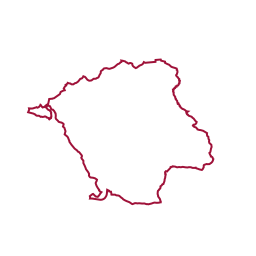 outline of Cosbuc, Bistrita-Nasaud, Romania, rotated 226°
{"feature_id": "2599482B13321846656416", "entity_name": "Cosbuc", "entity_type": "district", "adm_level": 2, "iso_a3": "ROU", "parent_name": "Romania", "parent_adm1": "Bistrita-Nasaud", "projection": "robinson", "projection_center": [24.4, 47.372], "detail": "fine", "context": "isolated", "style": "outline", "palette": "rose", "viewbox_px": 256, "rotation_deg": 226, "n_neighbors": 0, "source": "geoboundaries", "source_scale": "gbopen_adm2", "svg_char_len": 5761}
<svg xmlns="http://www.w3.org/2000/svg" viewBox="0 0 256 256"><g transform="rotate(226 128 128)"><path d="M181.1,170.1L180.4,169.8L180.2,169.5L180.1,169.1L180.5,168.2L180.4,167.1L180.5,166.2L181.1,164.9L181.3,161.0L181.4,160.4L181.8,159.1L183.2,156.2L183.6,155.6L184.6,154.9L185.9,154.2L186.8,153.1L187.5,152.1L187.5,150.8L187.3,150.0L187.6,149.2L187.7,148.1L187.5,147.6L186.5,146.6L186.3,146.0L186.0,144.7L185.0,142.1L185.0,141.7L185.2,141.0L185.5,140.5L185.8,139.1L187.3,137.4L187.6,134.8L188.5,133.5L189.1,132.9L190.9,132.3L194.1,132.6L194.9,132.5L195.2,132.2L196.2,131.8L196.0,131.3L195.7,129.7L195.8,129.1L196.5,127.8L196.1,124.8L196.1,123.9L196.4,122.1L197.1,120.9L197.4,119.0L198.4,117.9L199.1,117.6L200.0,117.5L201.1,116.6L202.3,116.0L202.0,115.6L202.0,115.3L202.2,114.1L202.1,113.7L202.3,113.2L201.5,113.0L201.7,112.1L201.6,111.2L201.1,109.3L200.6,109.3L199.1,108.7L199.8,107.6L200.7,104.6L199.7,102.5L200.8,95.5L201.5,94.4L201.5,94.1L203.6,91.5L201.1,87.8L200.8,86.6L201.2,85.6L201.2,84.8L201.3,84.1L201.2,82.3L201.6,81.7L202.0,81.5L202.1,80.9L203.3,80.8L204.8,81.2L205.5,81.1L205.2,80.4L205.0,78.6L205.2,77.8L205.5,77.0L206.5,76.7L206.7,76.0L207.2,75.2L208.1,73.3L208.8,72.3L210.9,70.4L209.9,69.8L208.7,67.1L204.0,70.0L203.2,70.3L202.8,70.3L202.1,70.7L201.2,70.6L200.1,71.0L198.6,72.5L196.6,73.0L196.4,73.5L195.3,74.2L194.3,75.6L194.2,76.1L193.6,76.6L192.5,77.0L192.1,76.8L190.5,77.7L190.1,77.7L189.4,77.4L188.9,77.4L188.8,78.1L188.8,78.4L188.9,78.8L189.4,79.4L189.4,79.6L188.8,79.8L189.6,81.0L189.9,81.2L191.6,82.6L192.0,82.8L192.1,83.1L192.8,83.7L194.0,83.7L195.0,84.0L195.3,83.9L195.7,83.6L196.8,83.2L199.8,83.3L199.9,84.8L200.5,86.6L198.6,86.5L197.8,87.0L194.4,85.8L193.4,86.7L191.7,86.7L190.6,86.5L189.7,86.1L188.9,86.1L187.0,84.6L185.6,83.0L184.5,82.5L181.6,82.6L180.7,82.4L179.5,83.0L178.0,84.0L175.9,84.5L175.3,84.2L174.2,82.2L172.4,82.4L169.1,80.8L167.4,78.0L163.9,78.4L163.3,78.3L162.3,78.0L160.5,77.2L159.4,76.9L158.9,76.3L155.2,75.7L150.2,75.3L147.0,75.8L146.0,75.5L144.5,76.1L140.3,75.7L139.4,74.9L139.1,73.8L138.1,73.4L135.5,73.2L133.7,71.5L131.1,70.7L128.8,69.8L127.6,69.2L123.9,68.7L122.1,68.2L120.8,66.8L119.3,66.5L118.4,66.7L116.5,68.3L114.8,69.3L112.4,69.8L111.7,68.7L111.1,66.9L110.6,66.3L108.5,65.3L107.1,64.9L105.3,64.5L103.5,64.3L103.2,63.8L101.6,63.8L100.3,64.3L100.1,62.4L99.9,61.8L99.6,60.2L99.5,58.4L101.1,57.2L104.8,57.1L105.1,56.6L105.5,53.2L103.8,52.1L103.6,51.7L102.3,53.1L95.6,58.2L94.6,59.4L93.9,61.0L93.7,62.3L93.7,62.9L94.0,64.3L94.4,65.6L95.3,67.0L98.0,70.1L96.0,70.8L95.5,70.4L94.5,71.0L94.0,71.5L92.1,70.3L91.6,69.8L91.4,69.9L89.0,72.4L87.7,72.8L86.2,74.1L85.2,74.6L82.5,74.8L81.2,75.1L80.1,75.0L78.3,75.5L76.4,76.2L73.6,77.5L70.6,78.1L70.1,78.4L69.1,80.8L68.3,81.6L67.2,82.4L66.2,83.7L63.7,85.8L62.4,87.3L60.4,88.4L59.5,89.3L59.0,89.6L57.3,92.5L56.5,94.3L55.9,95.3L54.1,96.8L52.7,98.5L52.4,99.2L51.8,99.9L52.2,100.4L52.7,100.5L53.3,100.9L55.0,101.7L57.8,102.1L58.3,102.6L60.0,103.5L61.6,105.3L62.0,106.0L61.9,107.1L62.2,107.6L62.1,109.0L62.3,109.3L62.4,109.8L63.5,110.8L63.3,112.3L63.6,113.7L63.4,114.2L63.1,114.5L64.5,117.4L65.7,118.8L66.4,120.2L67.2,121.1L68.4,122.9L68.5,123.0L68.9,122.7L70.5,124.0L70.6,125.3L69.6,125.8L69.7,127.2L69.8,130.4L69.9,131.0L70.3,131.5L69.7,132.3L69.8,132.4L69.5,132.8L69.3,133.7L68.8,133.8L68.4,134.3L67.6,135.0L65.6,136.0L64.4,137.7L63.7,138.2L62.9,139.0L62.0,140.4L59.7,142.1L58.5,143.2L58.1,143.6L57.6,144.5L56.5,145.6L56.0,146.0L54.5,146.7L53.2,148.0L52.4,149.2L51.9,149.0L51.2,149.3L50.6,149.7L48.5,150.7L46.5,152.0L46.5,153.2L47.0,154.5L47.0,154.8L47.2,155.2L48.5,156.5L48.6,157.1L47.5,159.5L46.6,160.2L45.4,161.6L45.3,162.9L45.1,163.4L45.1,164.6L45.2,165.3L45.6,166.4L46.3,167.7L46.6,167.6L46.9,167.7L47.9,168.3L48.5,168.4L49.3,168.2L49.9,167.8L50.4,168.3L50.9,168.3L52.3,168.7L53.5,169.2L53.4,170.0L53.8,171.0L54.2,171.5L54.8,172.4L55.4,173.2L56.3,175.0L58.1,176.3L60.7,176.1L61.9,176.8L62.8,178.0L64.3,178.4L65.9,179.7L67.3,179.5L68.2,180.1L69.1,180.8L69.4,181.3L73.8,180.1L76.2,178.7L76.9,178.0L78.7,177.0L79.3,177.2L81.1,177.3L82.9,176.4L84.6,176.3L84.9,177.3L84.8,177.5L84.3,178.0L84.1,178.3L83.9,179.7L84.2,180.9L84.7,181.6L85.3,181.4L87.0,181.5L89.2,181.8L90.6,181.5L91.8,181.6L92.1,181.5L94.4,180.3L96.9,180.0L97.5,180.2L97.4,180.3L97.6,180.3L98.4,180.7L98.2,182.6L99.7,181.4L100.1,181.6L101.6,181.4L103.2,180.9L103.9,180.4L105.5,180.3L106.3,180.1L107.0,180.5L107.5,180.3L107.8,180.3L108.1,180.8L108.5,180.9L109.1,180.9L109.6,181.0L110.3,180.7L110.4,181.3L110.8,181.5L111.7,181.0L113.4,182.2L115.5,182.3L115.7,182.7L115.8,182.8L116.6,182.8L117.4,183.3L117.5,183.5L119.4,183.9L120.0,183.9L121.0,184.6L121.6,185.4L122.0,185.6L122.8,185.6L123.0,185.9L122.9,186.2L123.1,186.5L124.0,186.7L124.4,187.0L124.1,187.4L124.0,187.8L124.4,188.2L124.5,188.7L124.1,189.2L124.1,189.3L124.4,189.7L124.3,189.9L124.1,190.0L124.3,190.5L124.5,190.7L124.8,191.2L124.6,191.6L124.0,191.8L124.4,192.8L124.1,193.1L123.8,193.6L124.0,194.5L124.3,194.8L124.3,195.4L124.6,195.5L124.8,195.9L124.6,196.3L125.4,196.9L125.3,197.2L125.3,197.3L125.7,197.7L125.9,198.0L126.4,197.7L126.6,197.8L126.5,198.1L126.7,198.3L127.4,198.4L127.7,198.9L129.0,198.8L129.7,199.1L131.3,198.9L132.4,199.2L132.6,199.3L132.7,200.2L133.0,201.0L133.3,201.3L133.6,202.1L134.0,202.6L135.4,203.6L135.6,203.6L135.9,203.5L136.0,203.7L136.9,204.3L138.4,203.6L140.3,202.5L141.9,201.7L145.0,201.5L146.5,200.8L149.1,199.9L150.0,200.7L153.4,198.6L154.5,199.1L157.8,195.1L156.5,193.7L163.0,185.6L164.4,185.2L164.0,184.0L163.8,183.0L164.0,181.8L165.0,179.3L164.9,178.5L165.1,178.0L165.2,176.6L165.7,175.2L167.7,174.7L169.1,174.6L170.0,174.8L171.3,175.7L172.4,175.3L173.2,174.8L173.5,174.4L173.8,173.2L174.2,173.0L175.8,172.7L176.1,172.4L177.9,172.2L180.2,170.8L181.1,170.1Z" fill="none" stroke="#9f1239" stroke-width="2"/></g></svg>